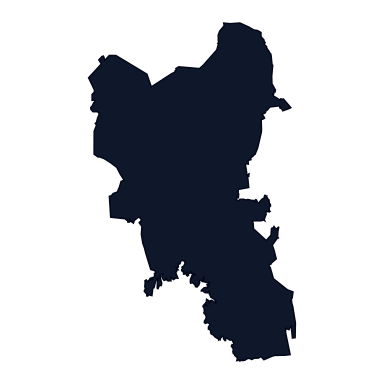 the district of Jerécuaro, Guanajuato, Mexico
{"feature_id": "50627088B81849957139001", "entity_name": "Jerécuaro", "entity_type": "district", "adm_level": 2, "iso_a3": "MEX", "parent_name": "Mexico", "parent_adm1": "Guanajuato", "projection": "equal_earth", "projection_center": [-100.511, 20.185], "detail": "fine", "context": "isolated", "style": "filled", "palette": "ink", "viewbox_px": 384, "rotation_deg": 0, "n_neighbors": 0, "source": "geoboundaries", "source_scale": "gbopen_adm2", "svg_char_len": 6041}
<svg xmlns="http://www.w3.org/2000/svg" viewBox="0 0 384 384"><path d="M109.3,55.5L104.7,60.4L103.7,56.6L103.2,56.0L101.8,56.7L98.8,59.9L101.4,63.9L88.6,77.8L94.4,89.9L94.4,92.3L92.1,94.3L92.1,100.4L94.0,100.1L95.5,100.6L93.6,103.0L92.3,105.8L90.8,107.4L90.9,109.3L93.0,111.7L97.6,111.7L98.8,113.0L99.2,114.2L97.5,118.4L96.5,122.6L95.3,123.3L96.5,125.3L94.2,131.2L94.1,154.2L98.1,157.0L99.5,156.8L104.2,158.6L110.5,162.6L116.8,167.4L120.1,173.8L124.2,180.3L121.1,181.4L119.7,186.3L117.4,192.0L113.2,193.5L111.4,195.7L109.4,196.3L110.7,217.2L125.0,218.7L126.5,220.1L127.6,220.0L127.8,222.0L129.4,222.1L129.9,221.7L129.7,219.4L131.0,221.3L133.4,223.1L134.3,220.4L138.6,217.0L141.0,218.8L141.3,220.5L139.2,222.7L141.9,226.3L141.4,234.3L142.8,243.2L144.6,248.2L145.7,252.8L150.8,269.5L155.4,270.8L155.1,272.1L155.5,273.6L154.4,273.9L155.0,275.6L154.4,275.9L154.1,277.4L152.0,277.6L152.7,279.4L152.2,279.7L150.4,278.3L150.2,278.7L150.3,279.7L149.6,279.3L149.4,280.2L148.8,280.3L147.9,281.9L146.2,279.9L144.9,280.9L145.2,282.2L144.8,286.5L145.5,289.3L144.6,290.1L144.3,291.2L144.6,291.8L145.6,292.3L145.6,293.0L146.8,293.5L146.8,295.9L147.5,296.1L148.9,294.8L151.9,295.6L152.8,288.2L154.0,287.7L155.6,281.1L157.7,278.3L158.3,278.1L158.3,278.7L157.4,281.8L157.2,288.2L158.0,288.7L158.9,286.4L159.9,285.5L161.2,285.6L161.7,283.9L161.6,282.7L160.6,279.0L160.2,275.5L160.5,274.9L161.9,274.6L162.3,273.0L162.6,275.3L161.9,276.4L163.1,279.3L164.1,280.4L165.0,280.2L166.3,278.4L166.9,279.0L167.1,280.5L168.6,281.0L169.7,280.6L170.9,280.9L171.0,277.4L173.4,279.6L175.9,278.0L177.9,278.2L175.5,272.1L176.6,271.7L176.6,270.0L178.1,269.8L176.2,267.5L177.8,267.5L178.4,266.9L178.0,263.8L179.7,264.0L180.3,263.0L180.5,261.3L181.2,260.9L181.1,260.2L181.4,260.8L182.1,260.4L184.8,261.3L185.3,261.8L184.8,262.4L185.3,263.4L184.7,263.9L183.9,265.8L182.2,267.0L182.0,267.6L182.7,268.5L181.8,269.5L181.6,270.4L182.6,271.7L183.9,271.5L183.6,274.1L185.1,274.0L186.6,272.2L186.5,275.2L187.5,276.0L188.5,275.3L188.2,273.9L190.0,273.1L190.4,271.6L191.7,272.4L191.5,273.6L192.7,274.1L194.0,273.9L194.9,273.2L194.3,274.3L194.9,274.8L193.6,274.7L191.6,276.0L191.6,276.7L192.3,277.2L190.9,278.0L190.5,279.0L190.3,282.2L190.6,283.2L192.7,282.7L195.2,285.2L195.5,286.7L197.1,287.0L198.9,284.8L199.7,282.7L198.8,279.7L199.7,280.8L201.3,280.1L202.1,281.5L202.9,281.6L202.7,280.5L203.7,278.6L203.5,277.4L203.7,277.1L204.2,278.9L203.7,280.5L204.5,281.9L207.3,282.6L208.2,282.1L209.8,282.9L208.7,283.5L208.9,285.6L208.1,285.0L208.2,284.1L207.6,284.2L207.8,285.5L207.2,285.2L207.9,287.0L208.5,286.9L207.6,287.4L207.7,288.0L206.3,287.4L203.9,287.9L201.4,290.3L201.4,291.0L202.6,290.5L203.2,291.4L205.3,292.7L207.6,292.8L209.2,291.3L209.2,293.8L210.0,295.0L210.8,297.2L213.8,298.9L216.2,301.5L215.9,301.9L216.1,302.6L215.6,303.1L215.0,302.3L211.6,300.3L210.2,300.8L210.6,301.1L209.5,303.4L208.3,300.3L206.6,299.3L206.4,302.6L205.7,302.6L205.5,303.1L206.8,305.5L204.4,304.2L202.9,306.2L204.2,308.6L204.3,311.9L203.9,312.5L204.2,313.7L205.5,314.4L206.3,317.3L205.6,319.5L204.7,320.5L204.3,322.5L205.4,323.4L207.0,322.7L208.4,322.9L209.6,323.9L210.0,324.8L208.5,326.7L208.4,329.1L210.7,330.3L210.6,332.6L211.4,334.1L213.2,334.8L215.1,337.0L218.9,339.3L218.8,339.8L219.4,339.4L220.0,339.9L221.2,336.6L221.7,337.0L222.5,336.1L223.7,337.1L223.5,338.8L225.0,340.6L225.6,340.5L225.6,338.7L226.6,338.0L230.0,340.2L232.1,339.8L233.8,343.6L233.3,344.6L231.7,345.0L231.4,346.2L233.4,349.0L232.9,351.5L233.3,353.5L234.4,354.1L234.9,355.5L237.2,357.6L237.3,359.0L236.8,360.6L239.4,360.1L239.9,361.0L241.8,359.9L242.1,360.5L243.2,360.5L244.7,360.3L247.6,358.5L249.7,358.4L251.6,359.5L254.4,358.2L258.3,358.1L261.0,356.6L263.9,359.7L272.5,356.0L275.2,355.4L285.3,355.2L290.1,354.6L285.7,333.1L285.5,328.4L286.0,328.0L286.9,329.0L287.1,328.7L289.0,329.7L290.7,326.2L291.6,326.1L291.5,329.1L292.4,338.0L295.1,337.7L295.4,322.9L292.7,306.3L291.6,302.6L290.6,301.5L291.1,300.5L291.5,300.8L291.3,299.4L292.1,298.1L293.0,291.9L287.4,289.8L273.4,278.7L270.2,267.5L269.5,266.9L268.7,265.2L270.9,264.1L270.8,263.5L276.2,258.9L274.2,250.8L272.3,245.1L277.2,238.3L277.9,238.2L278.9,237.5L277.5,238.1L277.9,231.1L278.7,227.4L278.3,227.2L276.7,229.1L276.4,228.6L274.9,228.6L275.0,227.8L274.0,226.5L273.1,227.9L272.0,228.1L271.5,228.6L271.0,235.2L266.2,240.5L253.5,228.8L253.2,223.5L252.4,220.8L260.9,220.8L263.4,220.0L264.7,220.7L264.3,219.8L264.4,218.7L266.2,214.1L265.8,213.3L266.0,211.7L268.4,211.6L269.1,212.0L270.1,211.4L269.3,210.5L269.2,209.2L269.4,207.0L270.5,206.0L270.4,204.5L269.5,203.4L269.0,201.1L269.1,200.1L268.5,199.9L267.7,198.8L267.7,198.2L266.6,197.1L266.7,196.1L266.0,196.4L265.6,195.4L264.7,195.4L264.0,198.2L262.1,199.1L259.8,201.6L259.5,202.7L258.6,203.2L257.0,201.4L256.7,200.2L255.8,199.6L255.2,200.0L254.8,201.7L253.0,200.3L251.8,200.5L249.0,199.7L247.3,199.5L246.4,200.1L243.9,199.3L240.0,199.3L238.5,200.9L236.3,199.6L237.1,197.4L238.2,197.8L238.5,197.0L238.6,193.7L238.1,193.0L238.3,189.4L248.7,187.5L247.6,176.2L248.7,176.4L249.0,173.9L246.7,175.0L246.4,173.3L246.7,172.8L245.4,164.6L245.7,163.8L248.3,164.1L248.1,160.4L250.9,159.7L250.7,157.9L253.6,155.6L253.5,154.9L255.0,154.4L257.6,148.0L261.3,132.3L261.5,129.7L261.2,119.4L262.5,119.3L264.5,118.2L263.7,116.3L261.9,114.6L265.3,112.8L265.9,111.3L265.7,110.8L267.5,109.9L269.8,107.0L279.5,105.8L279.9,107.9L281.5,108.6L282.8,110.8L290.0,108.2L290.8,107.6L283.4,99.0L282.3,99.3L280.9,98.8L279.8,99.9L273.7,96.1L272.6,94.5L273.4,93.4L273.7,93.7L274.4,91.5L275.1,91.8L275.4,90.0L271.9,83.7L271.7,76.3L272.7,65.3L272.0,64.5L271.1,55.7L270.7,53.8L270.2,53.6L268.3,50.2L267.6,49.7L266.5,47.3L266.6,46.7L264.9,45.0L264.5,43.6L265.1,42.4L264.1,41.8L264.0,40.0L261.0,36.7L261.0,32.5L257.4,30.5L253.8,30.0L248.9,27.1L239.9,23.0L230.3,23.7L223.7,23.1L224.2,25.6L219.7,31.1L218.2,35.2L218.3,40.7L218.7,42.4L217.8,43.3L218.4,43.9L216.8,49.9L203.5,65.0L199.5,68.6L178.8,66.8L175.9,68.5L176.4,69.7L175.2,70.6L175.2,71.6L174.6,72.2L171.0,74.1L151.3,86.9L146.9,74.2L115.9,55.5L109.3,55.5Z" fill="#0f172a" stroke="#020617" stroke-width="1.5"/></svg>